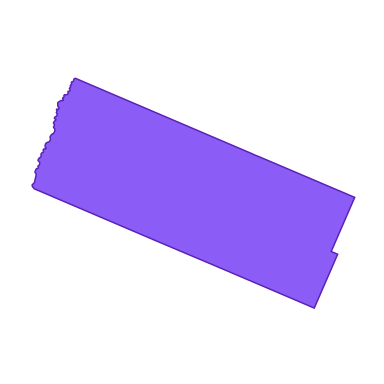 the district of Walsh, North Dakota, United States of America, rotated 203°
{"feature_id": "52423323B16407049475855", "entity_name": "Walsh", "entity_type": "district", "adm_level": 2, "iso_a3": "USA", "parent_name": "United States of America", "parent_adm1": "North Dakota", "projection": "equal_earth", "projection_center": [-97.196, 48.369], "detail": "fine", "context": "isolated", "style": "filled", "palette": "violet", "viewbox_px": 384, "rotation_deg": 203, "n_neighbors": 0, "source": "geoboundaries", "source_scale": "gbopen_adm2", "svg_char_len": 2062}
<svg xmlns="http://www.w3.org/2000/svg" viewBox="0 0 384 384"><g transform="rotate(203 192 192)"><path d="M34.1,132.9L33.6,191.6L40.6,191.6L40.1,250.6L142.8,250.7L149.4,250.6L150.9,250.7L343.9,251.1L344.8,249.8L344.5,248.0L344.6,247.4L344.9,246.9L345.7,246.4L345.8,245.5L345.1,244.7L345.0,243.8L345.5,243.1L345.5,242.5L345.4,241.9L344.9,241.6L344.8,241.2L344.9,240.5L345.2,240.1L345.3,239.5L345.2,239.2L344.5,238.8L344.1,238.1L343.9,237.3L344.3,236.8L345.4,236.3L345.4,235.8L344.6,234.6L344.6,233.8L344.8,233.3L346.0,232.1L347.1,231.9L347.4,231.6L347.6,230.9L347.5,230.6L347.1,229.9L347.0,229.4L347.1,229.1L347.7,228.4L347.7,227.7L347.3,227.1L346.7,226.9L346.4,226.6L346.4,226.1L346.8,225.5L348.1,225.1L348.5,224.9L350.4,222.0L350.4,221.5L350.1,220.7L349.0,218.5L348.1,217.9L347.6,217.9L347.2,217.6L347.1,216.6L347.3,215.9L347.6,215.7L348.7,215.6L348.9,215.4L349.0,214.9L348.9,214.7L347.9,213.9L347.9,212.1L347.6,211.7L346.6,211.2L346.4,210.9L346.3,209.9L346.4,209.0L346.6,208.5L346.9,208.2L347.5,207.3L347.6,206.5L347.5,206.1L346.6,205.7L345.9,205.7L345.6,205.5L345.6,204.6L346.4,203.1L346.6,201.7L346.4,201.3L344.8,200.1L344.7,199.1L344.9,198.0L344.8,197.6L344.3,197.1L343.2,196.7L342.2,194.9L342.2,192.5L342.3,191.9L342.6,191.4L343.1,191.1L343.7,190.1L344.2,188.0L344.2,187.4L344.0,186.8L343.3,186.0L342.9,185.1L342.8,183.3L342.9,182.9L343.2,182.3L344.2,181.6L345.4,179.9L345.6,179.1L345.4,177.4L344.7,176.0L343.6,175.7L343.5,174.8L343.7,174.5L345.0,173.9L345.4,173.1L345.4,172.4L344.8,171.9L344.5,171.1L344.4,170.6L345.2,169.7L345.6,169.1L345.8,167.9L345.5,167.1L345.0,166.7L344.9,166.4L344.9,165.3L345.0,164.8L345.9,163.7L346.2,162.3L346.2,161.1L345.8,160.7L343.8,159.8L343.4,159.0L343.2,158.0L343.3,156.5L343.7,156.2L343.9,155.6L343.5,155.0L343.0,154.7L342.9,153.8L343.2,153.4L344.2,152.8L344.4,152.2L344.5,149.5L344.1,148.7L342.6,147.7L342.2,147.1L342.1,146.5L340.8,139.5L341.1,137.8L341.8,136.7L341.9,136.1L341.5,135.2L340.6,134.4L339.0,133.7L338.6,133.3L205.7,133.0L137.0,133.1L34.1,132.9Z" fill="#8b5cf6" stroke="#5b21b6" stroke-width="1.5"/></g></svg>